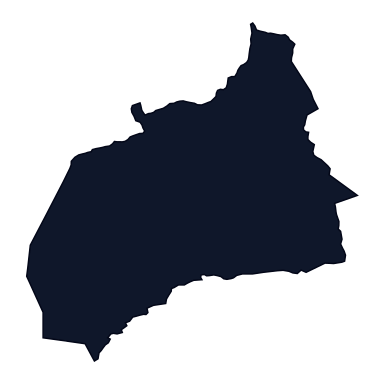 outline of Lavras da Mangabeira, Ceará, Brazil
{"feature_id": "56859067B7831807077473", "entity_name": "Lavras da Mangabeira", "entity_type": "district", "adm_level": 2, "iso_a3": "BRA", "parent_name": "Brazil", "parent_adm1": "Ceará", "projection": "mercator", "projection_center": [-38.979, -6.765], "detail": "fine", "context": "isolated", "style": "filled", "palette": "ink", "viewbox_px": 384, "rotation_deg": 0, "n_neighbors": 0, "source": "geoboundaries", "source_scale": "gbopen_adm2", "svg_char_len": 2743}
<svg xmlns="http://www.w3.org/2000/svg" viewBox="0 0 384 384"><path d="M306.1,272.3L325.0,263.1L330.1,263.3L333.6,263.5L341.8,262.2L344.6,261.2L345.5,255.2L344.1,251.1L342.6,248.3L340.6,244.0L342.0,239.2L340.6,231.3L338.2,229.0L338.8,225.6L338.9,221.5L336.5,214.6L336.0,212.1L335.4,206.9L334.6,203.4L357.3,195.4L329.1,174.8L330.1,168.8L327.8,165.9L321.1,159.7L316.9,157.5L313.8,155.2L312.8,151.5L314.3,144.6L310.6,142.2L307.9,139.5L307.9,136.6L308.6,132.3L305.8,131.9L303.5,129.8L303.4,127.0L304.7,124.8L305.4,120.8L307.0,115.0L318.0,108.7L313.2,99.3L310.6,91.6L291.3,61.5L291.5,57.8L292.7,53.0L292.7,48.9L294.8,44.2L292.6,42.1L289.5,39.8L288.2,37.2L285.1,34.8L280.9,35.2L277.1,34.6L273.7,33.8L270.6,33.2L267.9,33.4L265.2,32.3L259.9,31.1L256.5,30.0L254.9,26.0L252.7,23.0L250.6,24.3L251.2,27.3L252.0,33.2L250.7,39.1L251.1,43.9L249.9,48.7L249.2,53.8L248.8,57.5L248.2,60.1L246.6,62.5L243.6,64.6L241.1,65.6L239.4,67.9L237.9,70.3L237.0,73.0L234.8,76.6L231.6,76.6L228.2,78.0L227.7,81.8L227.4,84.2L226.2,87.8L223.4,89.7L220.4,89.3L217.6,90.4L216.4,93.1L216.0,96.5L213.7,98.8L210.9,101.5L208.1,102.5L205.2,103.7L201.6,105.0L197.4,104.8L194.5,103.3L189.9,102.5L186.1,101.7L183.2,100.9L179.7,101.2L176.6,102.0L174.1,103.3L169.8,103.6L166.8,106.1L163.3,108.3L158.9,109.6L155.8,110.5L153.6,112.4L150.9,113.3L148.4,113.6L145.0,115.1L143.3,112.7L141.8,110.3L140.7,105.2L140.0,102.9L132.4,105.6L131.3,108.8L131.9,112.4L134.1,116.4L135.8,120.7L140.1,122.2L142.0,125.0L143.0,128.0L144.7,131.1L142.9,133.4L139.7,133.5L136.2,134.7L132.8,135.9L130.1,137.0L128.0,139.5L125.2,141.3L122.3,141.9L119.4,141.8L117.0,141.8L114.4,141.5L112.6,143.8L109.6,146.0L105.4,146.6L102.5,147.4L99.6,148.0L96.2,148.6L92.4,149.6L91.2,151.7L87.8,152.4L85.3,153.3L82.7,153.9L78.8,154.9L74.9,157.3L73.2,159.2L71.3,161.3L71.2,164.9L69.9,168.4L63.2,182.0L48.5,210.4L46.8,213.7L30.3,245.2L27.8,267.7L26.7,276.3L29.4,282.1L43.1,312.3L43.1,316.8L43.1,332.1L43.1,337.8L60.6,340.2L85.1,343.7L94.4,361.0L98.0,358.8L99.0,352.9L101.2,350.5L103.1,347.8L105.3,344.9L108.3,342.8L110.2,339.1L107.7,337.8L110.9,333.9L113.4,333.3L117.1,333.9L122.3,332.5L121.3,329.7L124.3,327.6L126.8,325.7L125.4,322.8L129.6,321.2L132.7,317.1L135.8,316.3L140.1,315.1L143.5,314.3L146.0,314.5L147.9,312.6L147.0,308.2L153.5,305.3L165.7,303.5L166.5,299.0L168.6,295.4L171.2,291.3L171.5,288.5L174.0,287.6L178.5,284.9L184.4,284.9L187.1,283.3L190.1,281.8L193.7,280.3L201.9,279.7L200.6,277.4L201.1,274.9L204.4,274.5L206.6,275.8L209.3,275.6L213.8,274.9L217.3,275.6L221.0,276.6L223.8,278.8L226.9,279.3L231.1,278.6L233.5,277.8L236.7,275.4L242.5,273.9L252.6,273.9L258.0,273.1L263.3,272.3L277.3,270.7L283.1,270.3L289.0,271.3L292.8,272.9L297.3,273.5L301.1,270.1L306.1,272.3Z" fill="#0f172a" stroke="#020617" stroke-width="1.5"/></svg>